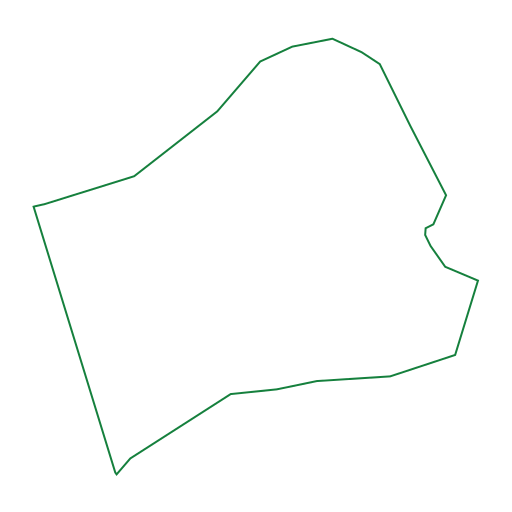 map outline of Šentjernej (Robinson projection), rotated 89°
{"feature_id": "SVN-987", "entity_name": "Šentjernej", "entity_type": "Municipality", "adm_level": 1, "iso_a3": "SVN", "parent_name": "Slovenia", "parent_adm1": "", "projection": "robinson", "projection_center": [15.351, 45.818], "detail": "fine", "context": "isolated", "style": "outline", "palette": "green", "viewbox_px": 512, "rotation_deg": 89, "n_neighbors": 0, "source": "natural_earth", "source_scale": "10m", "svg_char_len": 499}
<svg xmlns="http://www.w3.org/2000/svg" viewBox="0 0 512 512"><g transform="rotate(89 256 256)"><path d="M471.9,399.2L470.0,400.5L202.8,477.5L202.5,476.3L200.7,467.7L200.7,467.3L174.1,376.4L110.7,292.2L61.6,248.4L47.3,216.1L40.1,175.8L54.1,146.8L66.3,128.9L128.5,99.5L198.6,64.9L227.4,78.1L231.2,85.9L237.9,86.5L249.0,81.3L270.1,67.0L284.5,34.5L358.4,58.6L378.7,124.0L382.1,197.3L389.7,237.6L393.6,283.7L456.2,385.2L470.9,398.3L471.9,399.2Z" fill="none" stroke="#15803d" stroke-width="2"/></g></svg>